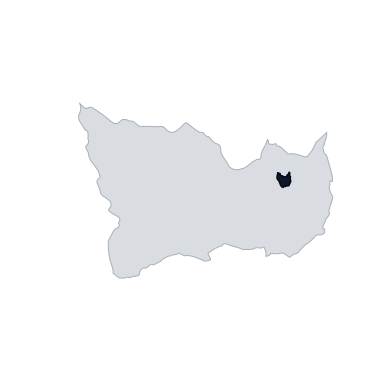 location of Boganangone, Lobaye, Central African Republic, rotated 203°
{"feature_id": "33826404B50242901211322", "entity_name": "Boganangone", "entity_type": "district", "adm_level": 2, "iso_a3": "CAF", "parent_name": "Central African Republic", "parent_adm1": "Lobaye", "projection": "natural_earth1", "projection_center": [17.185, 4.689], "detail": "fine", "context": "in_parent", "style": "filled", "palette": "ink", "viewbox_px": 384, "rotation_deg": 203, "n_neighbors": 0, "source": "geoboundaries", "source_scale": "gbopen_adm2", "svg_char_len": 5201}
<svg xmlns="http://www.w3.org/2000/svg" viewBox="0 0 384 384"><g transform="rotate(203 192 192)"><path d="M258.2,141.3L261.3,142.2L261.9,143.4L261.1,147.0L261.7,149.3L263.4,151.2L265.2,152.0L266.9,152.5L272.9,153.6L275.4,155.0L278.7,159.2L282.8,163.1L283.8,165.1L283.6,167.0L282.4,169.3L282.6,170.2L284.5,172.5L286.7,174.8L290.6,177.4L297.5,181.4L300.6,184.1L301.7,186.2L303.5,188.4L306.0,190.4L307.6,192.0L306.5,196.4L306.8,197.9L307.5,199.1L308.9,200.9L309.5,203.1L310.9,205.9L312.6,207.2L315.4,207.7L316.9,209.0L320.0,211.2L323.0,213.1L324.3,214.5L325.1,215.6L325.8,217.0L326.2,218.4L326.2,221.4L326.8,225.1L328.4,227.7L329.9,229.6L323.8,227.4L322.9,227.4L321.8,227.7L318.6,230.4L317.6,230.7L313.5,230.2L303.8,228.1L296.2,226.0L294.0,225.3L290.0,224.6L287.3,226.0L284.8,230.7L284.1,231.7L280.2,233.1L278.4,232.7L273.8,234.0L266.8,232.0L264.3,232.4L262.4,233.4L257.4,235.6L254.3,236.8L250.8,237.9L247.4,239.6L245.2,240.6L243.0,240.6L241.0,239.6L238.8,238.8L236.1,238.6L233.4,239.1L231.1,241.0L230.2,242.3L228.2,245.9L225.8,251.8L224.9,253.0L224.0,253.6L213.1,250.7L208.4,250.0L205.2,250.9L201.2,249.2L199.5,249.0L198.7,249.5L196.4,248.7L192.8,246.7L189.4,245.9L186.3,246.2L184.4,245.5L182.8,243.6L180.9,240.0L177.3,236.5L172.5,233.6L169.6,231.5L168.4,230.1L165.8,229.3L161.9,229.1L158.1,230.5L152.7,235.0L147.6,244.0L144.8,247.5L142.6,248.4L142.0,250.6L143.1,254.0L143.4,258.0L142.7,264.8L143.0,269.8L141.7,269.0L140.6,266.7L140.1,266.2L136.7,267.2L135.0,268.2L134.1,269.1L133.4,269.2L132.3,268.0L131.5,267.7L130.2,268.0L128.9,268.0L128.0,267.8L127.4,267.9L125.8,267.2L120.1,265.3L119.1,264.6L118.0,264.7L115.0,266.3L113.5,266.8L108.7,267.8L103.7,268.3L101.7,268.4L100.4,269.1L99.5,270.1L98.0,276.4L97.6,277.5L97.6,279.1L97.2,284.1L97.4,285.7L91.3,299.5L90.3,297.2L89.7,294.5L89.4,291.4L89.6,290.6L89.2,289.7L88.7,287.1L89.2,285.5L88.8,283.8L87.6,282.1L86.5,280.8L85.9,279.7L85.4,279.2L84.2,279.0L82.6,278.4L75.9,270.3L68.9,261.2L67.5,258.2L66.9,256.5L68.6,256.3L69.0,256.0L69.1,255.2L68.0,252.9L67.5,249.9L66.6,248.1L63.9,245.3L61.3,243.2L60.4,242.1L60.0,240.5L59.0,230.7L58.5,227.9L57.7,226.6L57.1,226.1L56.9,225.4L57.0,223.6L57.3,222.1L57.3,221.5L58.0,220.1L58.0,211.0L57.2,209.7L55.6,209.7L54.8,208.4L54.1,206.7L54.3,205.5L55.8,203.7L56.8,202.9L59.8,201.5L60.6,200.8L61.2,199.8L61.5,198.6L63.3,194.0L65.8,189.3L66.9,188.3L69.5,181.4L70.2,179.7L70.6,177.9L71.4,176.5L74.3,174.2L76.4,170.1L78.7,170.3L81.1,171.0L84.2,171.3L86.6,170.5L88.1,168.9L95.5,166.2L96.0,164.0L97.2,162.8L98.6,161.8L99.0,161.7L99.1,162.4L100.0,164.7L101.7,166.9L104.1,169.4L104.8,169.3L106.4,167.4L110.2,166.2L111.2,165.7L113.9,163.0L117.2,161.2L119.2,160.6L122.5,158.8L124.8,159.0L128.7,158.7L135.0,157.9L139.6,157.6L141.9,157.2L142.5,156.9L143.4,154.2L144.1,153.5L145.8,152.3L149.2,148.4L151.4,145.0L152.0,143.8L152.5,143.6L153.4,142.2L152.5,140.7L148.7,137.7L148.8,137.3L148.5,136.8L148.8,136.4L150.2,135.2L152.1,133.8L154.2,133.3L159.6,133.4L164.2,133.1L165.3,133.2L168.9,132.5L171.3,131.8L173.9,130.4L179.6,130.6L184.3,126.9L185.7,126.3L186.3,125.7L186.5,125.1L188.7,123.7L191.2,120.7L193.2,118.0L193.7,116.1L199.1,109.7L200.9,109.8L201.9,109.0L204.0,104.7L204.6,103.9L206.9,103.2L207.9,101.9L208.8,100.0L208.8,97.7L208.4,95.8L208.4,94.9L208.9,94.0L209.8,93.2L213.8,90.9L214.9,89.8L215.5,88.8L216.6,88.6L217.9,88.7L218.7,88.0L219.6,87.0L222.4,85.6L225.0,84.5L227.8,84.9L232.8,86.4L234.3,89.4L235.0,90.5L241.2,97.8L242.4,99.5L245.5,104.7L247.4,108.3L249.6,113.4L249.8,116.2L249.5,118.6L249.1,125.3L248.6,127.2L245.9,130.9L245.8,132.5L246.3,133.9L247.2,134.4L247.7,135.1L247.4,138.2L248.4,139.5L250.4,140.3L255.5,140.9L258.2,141.3Z" fill="#d9dde1" stroke="#a8b0b8" stroke-width="1"/><path d="M120.6,243.2L120.3,242.5L120.2,241.6L119.9,240.2L119.6,238.8L119.4,238.6L119.1,238.4L119.0,237.8L118.6,237.3L117.8,236.8L117.2,236.6L115.5,235.6L115.3,235.4L115.2,235.1L115.2,234.8L114.9,234.6L114.2,234.3L114.0,234.1L113.9,233.9L113.8,233.6L113.7,233.3L113.5,233.1L113.2,233.0L112.7,232.8L112.4,232.8L112.2,232.6L112.1,232.3L111.9,232.0L111.7,231.9L111.3,231.8L111.0,231.9L110.8,231.9L110.5,231.9L110.5,232.0L110.3,232.0L110.0,231.9L109.7,232.0L109.8,232.5L109.6,233.1L109.1,233.4L108.5,233.5L108.1,233.6L107.8,234.2L107.5,234.4L107.2,234.5L106.9,234.9L106.4,235.1L105.8,235.4L105.4,235.6L105.3,236.4L105.3,236.8L105.3,237.4L105.3,238.5L105.1,239.6L105.4,240.3L105.5,240.9L105.9,241.2L106.4,242.0L107.1,243.5L107.3,243.9L107.3,244.5L107.7,244.7L108.2,245.0L108.7,245.7L109.1,246.9L109.4,247.5L109.6,247.9L110.0,248.1L110.3,247.9L110.2,247.8L110.2,247.6L110.1,247.1L110.0,246.9L109.9,246.6L110.0,246.3L110.1,246.1L110.3,245.8L110.5,245.6L110.8,245.4L111.0,245.2L111.0,244.8L111.0,244.6L111.0,244.4L111.0,244.1L111.0,243.8L111.0,243.5L111.1,243.3L111.3,243.1L111.4,242.7L111.7,242.5L111.9,242.5L112.1,242.4L112.6,242.0L112.8,242.0L113.0,242.0L113.3,242.0L113.5,241.8L113.7,241.7L114.0,241.7L114.1,241.9L114.3,242.0L114.5,242.1L115.0,242.2L115.4,242.1L115.7,242.0L115.9,242.0L116.5,241.9L116.8,242.0L117.3,242.1L117.6,242.6L117.8,243.0L118.0,243.2L118.2,243.4L118.5,243.4L118.9,243.3L119.1,243.2L119.3,243.1L119.4,242.9L119.5,242.9L119.8,243.0L120.3,243.3L120.6,243.2Z" fill="#0f172a" stroke="#020617" stroke-width="1.5"/></g></svg>